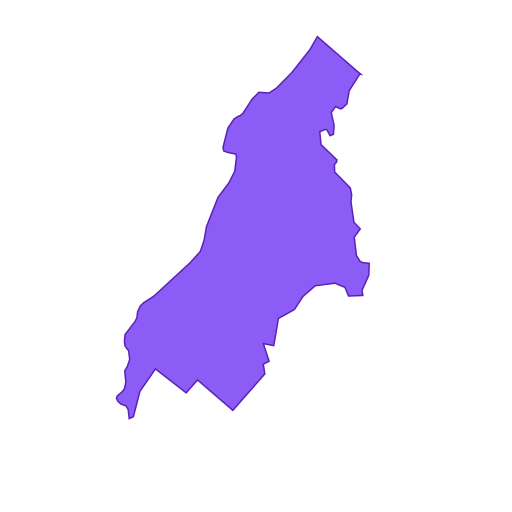 San Mateo, California, United States of America, rotated 41°
{"feature_id": "52423323B75131784459442", "entity_name": "San Mateo", "entity_type": "district", "adm_level": 2, "iso_a3": "USA", "parent_name": "United States of America", "parent_adm1": "California", "projection": "equal_earth", "projection_center": [-122.339, 37.408], "detail": "fine", "context": "isolated", "style": "filled", "palette": "violet", "viewbox_px": 512, "rotation_deg": 41, "n_neighbors": 0, "source": "geoboundaries", "source_scale": "gbopen_adm2", "svg_char_len": 1404}
<svg xmlns="http://www.w3.org/2000/svg" viewBox="0 0 512 512"><g transform="rotate(41 256 256)"><path d="M340.0,339.2L332.5,332.9L334.9,326.8L319.0,317.3L328.2,312.0L313.9,288.4L320.1,271.2L318.0,255.7L320.2,239.6L333.2,224.9L343.7,221.3L352.1,225.5L362.5,215.7L358.5,212.3L353.8,196.6L346.2,187.2L341.3,190.8L338.1,191.8L334.0,190.5L331.5,189.8L317.8,177.3L316.9,167.2L307.8,166.3L292.1,152.8L288.2,147.2L282.6,142.8L260.2,141.0L255.1,135.4L255.3,132.9L254.1,130.4L232.1,129.3L222.6,120.4L225.3,114.8L226.8,114.3L232.9,116.6L234.6,113.4L229.4,106.3L218.7,98.4L218.0,91.0L222.9,89.7L224.1,88.4L224.8,81.6L217.9,70.1L215.0,50.7L215.9,50.1L208.7,50.2L201.1,50.2L158.4,50.2L161.3,65.1L162.0,79.6L162.7,94.1L161.3,115.9L158.9,124.4L150.7,130.6L150.2,140.5L152.5,156.9L151.9,161.0L151.0,161.9L149.5,167.1L150.9,178.0L159.9,195.8L162.8,197.9L166.4,196.5L166.9,196.3L173.9,192.3L176.2,193.9L184.4,206.0L187.6,219.0L188.8,236.5L199.3,266.2L206.6,278.4L211.0,289.1L210.7,304.3L208.9,320.5L205.3,353.1L201.8,365.0L201.5,369.8L203.2,375.7L206.7,380.9L207.7,384.9L208.7,401.2L212.9,407.0L216.3,409.9L222.2,411.2L228.5,416.9L231.2,423.3L232.3,428.8L240.5,436.6L243.7,442.2L244.1,445.8L243.1,452.6L244.1,455.0L247.5,456.4L251.4,456.3L256.1,454.4L260.2,455.7L267.0,461.9L268.9,457.7L257.2,434.3L254.2,407.2L293.1,405.1L293.2,387.9L339.8,387.7L340.0,339.2Z" fill="#8b5cf6" stroke="#5b21b6" stroke-width="1.5"/></g></svg>